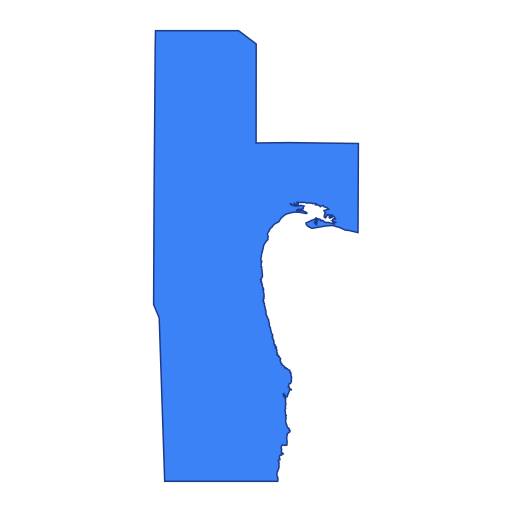 San Antonio, Río Negro, Argentina (Natural Earth projection)
{"feature_id": "61730980B19099504402623", "entity_name": "San Antonio", "entity_type": "district", "adm_level": 2, "iso_a3": "ARG", "parent_name": "Argentina", "parent_adm1": "Río Negro", "projection": "natural_earth1", "projection_center": [-65.004, -40.959], "detail": "fine", "context": "isolated", "style": "filled", "palette": "blue", "viewbox_px": 512, "rotation_deg": 0, "n_neighbors": 0, "source": "geoboundaries", "source_scale": "gbopen_adm2", "svg_char_len": 6104}
<svg xmlns="http://www.w3.org/2000/svg" viewBox="0 0 512 512"><path d="M256.2,44.0L238.6,30.7L155.5,30.7L155.2,48.1L154.1,192.5L153.6,304.5L159.2,317.9L164.7,481.3L277.7,481.3L278.0,479.5L277.7,478.8L277.9,477.5L277.1,476.5L276.8,473.7L277.2,472.0L277.9,470.9L278.2,469.1L278.7,468.6L279.0,467.0L278.9,464.1L279.1,463.2L279.0,462.1L278.7,461.4L278.3,461.2L278.3,460.8L278.4,460.2L278.7,459.9L279.9,459.8L279.8,458.7L279.6,458.6L279.4,457.2L279.7,455.6L281.0,454.7L281.3,455.1L281.6,455.1L282.1,454.5L282.1,454.1L283.2,453.8L282.5,453.0L281.8,453.1L281.6,452.3L281.2,451.7L281.5,450.6L281.3,449.8L281.7,449.3L281.1,447.9L281.2,447.3L281.5,446.1L282.8,444.7L284.1,445.3L286.4,445.3L286.9,445.0L287.1,441.9L286.7,437.7L287.4,433.6L289.2,432.4L289.4,432.0L289.9,431.7L290.0,430.8L290.0,430.3L289.1,430.0L289.1,428.5L287.5,427.5L287.1,426.7L286.8,425.0L286.0,423.6L285.6,420.9L286.1,418.0L285.6,417.2L286.0,415.7L286.9,415.4L285.9,415.4L285.6,415.0L285.2,411.1L284.9,410.6L285.1,409.3L285.6,408.8L285.4,406.9L285.5,405.2L285.9,404.6L285.5,402.0L285.7,398.8L285.5,398.4L284.9,398.2L284.6,397.7L285.0,396.8L284.5,396.4L284.9,395.8L283.9,396.1L283.5,396.0L283.2,394.4L283.6,393.6L284.3,394.1L284.5,395.4L285.2,395.7L285.0,397.2L286.8,397.0L287.3,396.5L287.8,394.0L288.2,393.9L289.3,390.9L290.1,389.7L291.4,389.9L291.9,389.8L290.9,389.5L290.7,389.0L289.8,389.1L289.4,388.1L289.1,388.0L289.0,387.2L288.8,386.9L288.5,386.9L289.0,386.3L288.6,386.0L288.4,385.6L288.8,384.4L289.3,383.5L290.1,383.7L290.7,383.2L290.9,382.7L291.4,381.3L291.4,378.2L291.7,377.2L291.1,376.2L291.1,375.4L290.9,375.0L291.0,374.1L290.8,373.8L290.9,373.0L290.6,372.3L289.9,372.3L289.8,370.6L289.5,370.2L287.8,369.4L287.3,368.8L285.6,368.4L285.5,368.1L285.8,367.7L285.0,367.4L284.6,367.5L284.2,366.5L283.1,365.4L282.1,365.1L281.8,363.6L281.1,363.4L280.7,362.2L280.7,361.7L280.2,361.0L280.2,360.4L280.4,360.1L280.1,359.5L280.6,358.9L280.5,358.4L279.0,357.2L278.9,357.0L279.2,356.7L278.5,355.7L277.7,355.7L276.9,354.8L277.0,354.3L277.6,354.1L277.1,352.7L276.7,352.4L276.5,351.7L277.0,350.5L276.9,349.9L276.4,349.3L276.1,348.2L275.5,348.3L275.5,347.9L276.2,347.5L275.8,347.2L276.1,347.1L276.1,346.9L275.5,345.9L275.0,345.8L274.9,344.8L274.3,344.8L274.4,344.2L274.1,344.0L273.9,343.3L273.9,341.9L274.0,341.6L273.7,341.1L273.6,340.1L273.2,339.8L273.3,339.4L272.8,338.8L272.6,337.7L272.1,337.6L272.3,336.7L272.7,336.3L272.5,335.8L272.6,334.6L271.6,333.5L270.7,330.0L270.4,327.9L270.0,326.8L269.4,326.4L269.2,325.0L269.5,324.1L269.0,322.5L268.6,319.8L268.0,318.9L267.2,316.8L266.8,316.4L266.8,315.7L266.5,315.2L265.9,314.9L266.1,313.3L266.0,313.0L266.0,311.4L265.7,310.7L265.8,309.9L265.3,309.3L264.8,306.1L264.3,304.9L264.4,303.3L263.9,303.0L263.8,302.5L263.5,302.3L263.7,301.1L263.3,301.0L263.3,300.6L263.0,300.2L263.5,299.6L263.5,298.9L263.8,298.7L263.5,298.5L263.9,298.0L263.7,297.2L264.2,296.4L263.8,295.9L264.1,295.0L263.9,294.4L263.9,293.3L263.5,292.9L263.4,291.9L263.6,290.1L263.5,289.4L263.1,289.4L263.5,289.0L263.4,288.1L262.9,287.8L262.5,286.9L262.3,284.5L262.0,283.9L261.7,283.9L261.7,283.3L261.2,282.5L261.6,282.4L261.5,281.9L261.1,281.6L261.4,281.2L260.9,280.7L260.6,280.0L261.1,279.7L260.7,279.4L260.9,278.6L262.0,277.6L262.5,276.2L261.9,269.3L261.4,268.2L261.4,267.5L261.8,267.0L261.1,266.3L261.0,265.5L261.3,263.7L261.3,262.4L261.7,261.9L261.8,261.2L260.9,260.6L260.9,259.4L261.0,257.5L261.5,256.0L261.4,255.0L261.5,254.4L262.1,252.1L262.5,251.6L262.5,249.8L263.1,249.0L263.1,247.8L263.8,245.3L264.2,244.3L266.0,241.6L267.1,240.3L267.7,239.9L268.0,239.3L267.8,237.8L268.3,236.6L267.9,236.1L267.4,234.0L268.2,232.1L268.8,231.5L269.6,230.0L270.1,228.7L272.4,226.7L272.4,226.3L272.8,225.7L275.2,223.6L278.5,222.0L279.1,221.4L280.8,218.4L284.3,215.3L286.5,214.0L292.4,212.4L295.0,212.2L298.4,212.2L301.5,212.6L306.1,213.6L306.9,213.2L306.8,212.7L306.0,212.2L305.6,212.3L305.1,211.7L303.4,211.2L303.1,210.6L302.6,210.4L301.0,210.7L298.9,210.5L297.0,210.8L296.6,210.5L297.1,209.8L297.8,209.4L299.2,209.2L300.4,209.5L303.0,208.8L303.4,208.2L303.4,206.9L304.1,206.1L301.5,205.5L299.9,205.5L298.7,205.9L294.8,206.0L291.6,205.0L290.3,203.9L290.4,203.7L291.6,204.2L292.1,204.9L293.4,205.0L294.9,205.6L295.8,205.1L294.5,204.0L294.5,203.5L296.0,204.7L297.2,204.8L297.1,204.5L297.2,204.3L297.9,204.4L297.7,204.1L297.7,203.6L298.4,203.5L298.5,203.1L298.3,202.8L297.1,203.1L296.8,202.5L297.4,202.2L301.5,202.5L302.5,202.2L302.8,202.4L303.8,202.5L304.5,202.2L307.1,203.2L308.9,202.9L311.8,203.2L312.8,203.4L312.8,203.6L315.9,203.5L316.1,204.3L315.7,204.5L315.5,204.9L315.9,205.0L317.4,204.6L317.8,205.1L319.0,205.3L320.3,206.7L322.1,205.5L323.0,205.6L323.8,206.7L326.2,207.4L328.1,208.5L328.7,209.3L326.8,209.5L325.7,210.2L324.0,210.5L324.7,212.1L325.5,212.9L324.8,213.8L324.9,214.3L324.5,214.8L324.7,215.8L324.2,216.1L324.7,216.5L324.4,217.3L324.5,217.5L325.7,217.8L326.4,216.3L327.1,215.6L327.6,215.4L327.7,215.0L327.4,214.7L327.7,214.6L328.3,214.9L328.7,214.6L329.4,214.7L329.6,215.3L329.4,216.3L331.2,214.8L332.5,215.2L333.2,216.3L333.2,216.8L333.8,216.6L334.4,216.9L335.6,218.9L335.1,219.2L333.3,218.9L332.7,219.3L332.8,220.0L332.1,220.5L332.8,220.6L332.7,221.2L333.2,221.1L333.4,221.7L334.2,221.7L335.5,222.3L335.2,222.4L333.8,222.1L332.9,222.8L332.8,223.0L333.5,223.1L334.4,223.8L334.4,224.0L334.1,224.1L328.6,222.4L326.5,222.5L324.9,222.2L322.7,220.4L322.1,220.8L322.0,220.5L321.5,220.3L320.7,220.6L320.4,220.5L320.4,219.7L319.9,219.1L318.6,219.1L317.9,218.7L316.7,219.3L316.9,220.1L317.3,220.2L317.5,220.8L316.8,222.2L316.6,224.8L316.3,225.0L315.5,223.8L316.3,223.0L315.3,222.7L314.9,223.2L314.3,222.5L314.8,222.0L315.6,221.8L315.2,221.5L315.4,220.9L315.8,220.8L315.7,220.4L316.2,220.0L316.4,218.8L316.9,218.4L316.3,217.9L315.9,218.0L313.8,219.7L311.6,220.3L309.0,221.7L306.0,222.9L306.1,224.1L307.2,225.7L308.6,226.7L311.1,228.0L312.4,228.3L325.0,226.1L331.5,225.5L334.3,225.9L336.1,226.6L339.2,227.3L345.4,230.1L349.1,230.5L358.0,232.6L358.4,143.5L288.9,142.6L256.1,143.0L256.2,44.0ZM330.1,218.2L332.0,216.9L331.8,216.2L331.0,216.2L330.8,216.7L330.0,217.4L329.7,218.0L330.1,218.2Z" fill="#3b82f6" stroke="#1e3a8a" stroke-width="1.5"/></svg>